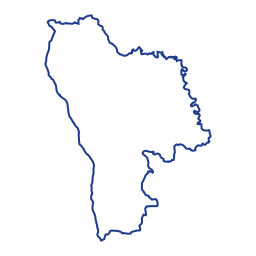 Monywa, Sagaing, Myanmar (Robinson projection)
{"feature_id": "60261553B28979630774365", "entity_name": "Monywa", "entity_type": "district", "adm_level": 2, "iso_a3": "MMR", "parent_name": "Myanmar", "parent_adm1": "Sagaing", "projection": "robinson", "projection_center": [95.327, 22.213], "detail": "fine", "context": "isolated", "style": "outline", "palette": "blue", "viewbox_px": 256, "rotation_deg": 0, "n_neighbors": 0, "source": "geoboundaries", "source_scale": "gbopen_adm2", "svg_char_len": 5707}
<svg xmlns="http://www.w3.org/2000/svg" viewBox="0 0 256 256"><path d="M101.2,240.6L104.3,239.0L105.1,235.8L105.8,234.4L107.8,234.5L109.0,233.4L109.9,231.8L110.0,231.1L110.8,230.7L112.2,230.6L117.3,230.9L120.8,231.8L122.5,233.4L123.0,233.1L124.6,233.1L124.8,233.3L127.8,233.7L130.4,233.7L131.6,232.0L136.2,230.7L140.1,230.3L140.2,228.6L139.4,225.7L141.5,223.7L142.0,222.3L142.0,219.6L141.8,218.2L143.5,214.7L145.7,215.3L146.1,214.8L145.2,208.7L145.8,207.4L146.3,206.6L148.1,206.5L148.2,206.2L157.1,206.1L157.6,204.9L157.6,202.8L157.0,200.9L156.2,199.4L154.1,199.1L152.9,199.5L152.0,199.6L149.8,197.8L149.0,196.9L148.6,195.8L145.8,195.1L144.4,192.7L144.1,192.5L144.0,192.1L143.7,192.1L143.1,190.8L141.9,189.4L141.9,183.4L144.1,179.0L145.8,175.0L147.7,173.2L148.1,171.7L148.8,171.6L148.9,171.8L149.5,171.1L151.6,172.0L152.6,172.6L153.0,172.2L152.8,171.2L152.1,169.9L149.1,167.9L148.1,166.0L148.4,162.5L147.3,157.9L146.0,156.5L142.8,153.9L142.7,152.6L143.8,151.3L145.9,150.7L149.4,151.8L152.0,152.1L153.0,151.7L153.7,152.2L153.1,153.0L153.4,154.2L154.4,154.5L156.1,154.1L156.8,153.6L158.3,153.6L159.8,154.6L160.5,156.7L161.5,157.9L163.6,159.0L163.6,160.9L165.3,161.7L166.9,161.5L168.5,161.9L168.9,161.4L170.8,161.4L171.2,161.2L171.9,160.0L173.5,160.0L174.0,158.9L174.1,157.3L174.1,154.7L174.8,152.5L174.6,149.8L174.3,147.4L174.6,145.9L176.5,144.4L178.4,145.1L179.6,144.3L181.3,144.5L183.4,145.4L186.2,148.5L187.7,148.8L189.7,148.8L189.9,149.0L190.5,149.1L190.8,149.6L190.9,150.2L193.2,150.8L194.1,150.4L195.3,150.3L195.4,148.2L195.9,147.1L197.4,145.8L197.8,145.8L198.3,145.3L199.8,145.6L201.5,145.6L202.3,144.2L202.3,143.8L202.8,143.5L203.5,144.4L205.1,144.8L205.7,144.2L207.1,142.7L207.5,142.6L208.4,142.7L208.8,142.3L208.9,141.9L209.3,141.6L208.7,140.9L208.7,137.9L210.3,137.0L210.6,135.8L210.1,134.2L209.7,133.2L209.5,131.1L209.1,130.4L208.8,130.3L208.7,130.1L207.6,130.5L205.4,130.5L203.3,130.1L201.6,128.5L201.4,124.3L200.6,123.8L198.2,124.3L197.7,124.0L198.1,122.5L199.7,121.8L199.8,121.5L200.2,121.4L200.4,120.9L198.3,118.5L198.9,117.0L199.5,116.3L199.7,115.1L199.0,114.1L196.1,113.9L194.4,113.0L193.9,111.7L194.6,110.8L195.4,111.7L196.8,111.5L197.3,111.9L197.9,112.0L198.1,112.3L199.4,110.8L199.4,109.4L198.2,107.2L197.7,105.6L195.9,104.4L191.9,106.4L191.0,105.9L191.0,104.6L192.2,103.5L192.4,103.1L192.8,103.0L192.9,102.7L194.2,102.5L195.5,101.1L196.0,99.6L195.5,98.6L194.4,98.8L192.5,98.6L191.7,98.3L190.6,97.1L188.7,93.9L189.4,92.7L189.3,90.7L189.2,90.3L188.9,90.0L188.3,89.9L188.1,89.6L187.4,89.4L186.2,89.4L185.1,89.1L183.8,87.6L184.2,86.2L185.7,84.2L186.7,83.2L186.3,82.8L184.7,82.0L184.0,81.2L183.3,80.0L183.4,78.1L182.7,77.2L185.3,74.8L185.6,73.9L185.1,73.7L183.8,75.1L182.2,75.0L181.4,74.4L181.3,70.6L182.1,69.2L182.6,69.5L183.9,71.2L185.1,71.4L185.7,71.3L186.8,70.4L187.0,69.4L186.1,68.0L185.4,67.6L184.4,67.5L183.8,67.3L183.1,67.3L181.9,66.4L181.7,65.7L182.0,65.3L181.2,64.0L181.6,62.2L181.3,61.1L181.5,60.3L181.1,60.1L180.1,60.2L177.4,60.5L176.8,60.9L176.7,59.7L176.2,58.6L176.8,57.7L176.5,57.1L175.5,56.6L175.1,56.7L174.9,57.4L175.1,58.0L175.0,57.8L175.5,58.9L175.1,59.3L174.1,58.8L174.5,57.0L173.7,56.9L172.4,57.3L172.2,57.0L171.4,56.9L171.2,57.2L170.8,56.8L170.3,57.3L168.8,57.0L166.4,59.1L165.7,58.6L165.3,57.3L164.7,56.9L164.0,56.9L164.1,56.2L162.7,55.6L163.3,55.1L163.1,54.9L163.1,54.4L161.8,53.9L162.4,53.2L162.4,52.2L160.5,52.6L159.3,52.2L157.6,51.8L157.7,52.8L157.5,54.7L158.0,56.6L157.7,57.4L157.1,57.5L156.0,57.2L155.1,56.6L154.8,56.0L153.5,54.7L153.4,53.5L153.6,52.2L152.9,52.2L152.1,53.1L150.8,53.9L149.3,53.3L147.6,54.5L146.2,53.7L143.9,53.7L142.6,54.2L141.6,54.2L141.1,53.4L141.3,52.5L140.9,51.5L142.0,51.2L142.1,50.4L141.1,50.2L141.0,49.4L140.5,49.4L140.1,48.1L139.5,47.8L139.2,47.2L138.3,47.9L137.3,49.3L136.5,50.3L135.1,50.8L134.2,50.6L133.4,49.9L133.3,49.5L132.3,50.0L132.0,50.8L132.3,52.2L132.0,53.0L131.2,53.5L130.9,53.0L129.6,53.2L127.1,55.1L125.9,55.7L123.4,55.7L121.7,54.6L120.3,54.5L117.3,52.1L116.9,49.3L115.5,46.7L113.5,44.9L112.0,43.8L112.0,43.6L110.0,43.0L109.0,41.2L108.5,39.8L108.1,39.0L108.1,36.8L106.9,35.1L104.6,32.5L104.3,31.2L102.6,29.7L102.7,27.2L102.2,26.5L101.5,26.1L100.1,25.7L98.3,24.4L98.2,23.9L98.5,21.7L98.1,20.0L96.9,19.1L94.6,18.7L92.4,17.9L91.6,15.4L88.9,15.7L86.1,16.6L82.8,19.2L82.1,18.8L82.0,18.4L80.8,18.3L80.4,18.6L79.8,18.1L79.3,19.1L78.4,19.9L78.5,23.8L77.5,23.5L77.1,23.2L75.8,23.1L74.9,22.3L73.4,23.4L72.0,23.8L67.7,23.4L67.1,23.6L66.4,23.0L63.2,23.9L61.2,23.7L60.4,23.3L59.8,21.9L58.7,22.4L56.8,22.6L55.7,22.5L54.8,20.4L53.6,20.2L51.9,20.1L50.5,20.3L49.7,20.6L49.0,20.6L48.0,21.6L47.6,22.3L48.7,24.0L49.4,25.7L51.4,26.8L52.5,28.0L54.7,30.8L55.0,31.4L53.6,34.3L53.1,35.8L52.1,38.0L51.6,40.0L49.4,42.1L49.1,48.4L48.5,51.1L47.3,53.9L46.5,57.0L46.0,62.3L45.4,63.2L45.4,64.1L45.7,65.4L47.4,69.0L48.7,72.8L48.6,75.0L50.9,77.6L51.5,78.8L53.0,79.6L55.6,84.7L56.1,86.3L56.3,88.7L56.9,91.6L58.8,94.7L59.6,94.7L60.1,95.1L60.3,96.3L61.3,96.9L62.5,98.0L64.9,99.4L66.4,101.3L67.4,103.7L68.6,113.3L69.5,116.7L70.6,117.9L71.7,119.6L72.2,120.7L73.1,121.9L73.3,122.5L73.5,122.6L73.6,123.0L74.1,123.3L74.8,125.0L77.8,128.3L78.8,131.4L79.1,132.5L78.7,133.6L78.7,135.4L79.1,141.5L79.5,144.2L81.4,146.0L83.7,149.0L84.5,150.9L85.9,153.1L88.9,155.8L92.9,161.6L94.0,165.2L93.5,169.5L93.5,173.7L93.0,175.5L92.7,177.4L92.3,182.5L91.9,183.7L91.3,184.8L91.7,187.7L91.5,190.5L92.2,193.0L92.1,193.9L91.2,195.9L91.1,198.2L91.3,199.3L92.5,200.9L92.6,201.4L93.2,202.2L92.8,203.8L92.5,207.4L92.6,210.0L94.4,213.7L95.1,215.9L95.5,217.5L95.5,219.0L95.8,220.4L96.2,221.6L96.3,223.0L96.7,223.9L97.2,226.1L97.3,228.0L98.1,229.1L98.0,230.0L98.2,231.4L97.9,232.7L97.5,233.6L97.4,235.3L97.8,235.9L100.1,238.4L101.2,240.6Z" fill="none" stroke="#1e3a8a" stroke-width="2"/></svg>